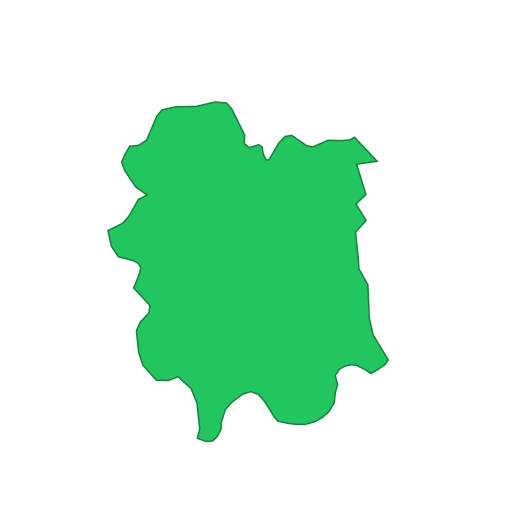 the district of Spitak, Lori, Armenia, rotated 61°
{"feature_id": "60910142B40000384571079", "entity_name": "Spitak", "entity_type": "district", "adm_level": 2, "iso_a3": "ARM", "parent_name": "Armenia", "parent_adm1": "Lori", "projection": "albers", "projection_center": [44.201, 40.853], "detail": "fine", "context": "isolated", "style": "filled", "palette": "green", "viewbox_px": 512, "rotation_deg": 61, "n_neighbors": 0, "source": "geoboundaries", "source_scale": "gbopen_adm2", "svg_char_len": 1556}
<svg xmlns="http://www.w3.org/2000/svg" viewBox="0 0 512 512"><g transform="rotate(61 256 256)"><path d="M411.0,190.7L381.7,191.8L364.9,186.9L335.4,172.1L317.0,172.2L308.6,168.1L283.4,157.4L278.3,142.4L259.0,143.4L255.5,130.0L224.5,123.5L231.9,104.1L199.9,112.3L200.0,117.5L199.1,119.6L196.8,124.8L189.7,137.0L188.2,153.2L184.3,158.1L167.8,166.3L165.5,172.8L168.4,181.6L178.2,198.1L177.0,200.5L170.2,200.2L163.7,197.8L160.1,199.5L157.8,209.6L151.8,211.7L144.9,207.3L115.6,205.9L107.9,207.6L101.5,217.0L96.1,236.0L86.8,253.3L82.6,267.5L85.4,274.6L87.8,277.7L101.7,295.7L102.2,306.0L98.7,313.1L103.1,320.5L108.7,328.0L113.1,328.7L117.7,329.4L126.1,328.7L137.3,327.7L149.8,321.7L149.5,331.5L158.0,345.3L159.8,348.4L162.7,356.6L162.0,373.2L177.0,377.7L189.9,376.8L194.2,372.3L200.4,365.7L205.5,362.5L210.6,362.5L215.5,367.3L221.6,374.5L224.5,378.5L248.0,372.8L253.9,377.4L257.8,389.5L263.5,396.9L283.5,405.4L284.3,405.5L296.6,407.9L316.5,403.3L322.3,393.1L322.5,392.8L323.7,382.8L340.5,377.0L356.2,379.0L379.9,389.1L387.1,395.7L394.3,389.2L396.8,383.3L395.1,377.4L390.8,370.7L384.9,367.4L384.4,366.8L381.8,364.0L375.6,357.4L372.2,348.2L371.7,344.4L370.4,335.6L372.0,326.4L377.8,321.3L384.5,319.5L392.9,318.6L403.9,318.2L405.3,318.2L411.3,316.8L416.9,310.2L417.9,309.1L422.8,302.4L427.0,294.8L429.4,285.5L429.3,275.4L427.6,267.9L422.4,258.7L414.0,252.9L408.1,247.0L398.9,244.6L395.5,237.9L395.4,232.0L397.0,226.1L400.3,221.1L405.4,217.6L407.8,215.9L414.5,212.5L414.4,205.0L413.5,195.7L411.0,190.7Z" fill="#22c55e" stroke="#15803d" stroke-width="1.5"/></g></svg>